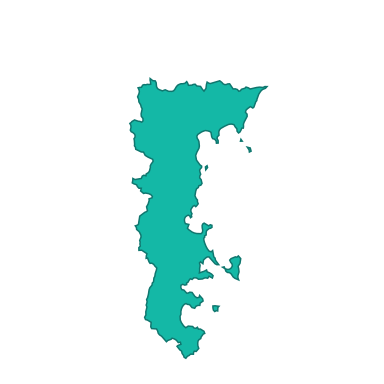 Ubatuba, São Paulo, Brazil (Natural Earth projection), rotated 312°
{"feature_id": "56859067B10562260302703", "entity_name": "Ubatuba", "entity_type": "district", "adm_level": 2, "iso_a3": "BRA", "parent_name": "Brazil", "parent_adm1": "São Paulo", "projection": "natural_earth1", "projection_center": [-45.033, -23.396], "detail": "fine", "context": "isolated", "style": "filled", "palette": "teal", "viewbox_px": 384, "rotation_deg": 312, "n_neighbors": 0, "source": "geoboundaries", "source_scale": "gbopen_adm2", "svg_char_len": 6073}
<svg xmlns="http://www.w3.org/2000/svg" viewBox="0 0 384 384"><g transform="rotate(312 192 192)"><path d="M248.3,85.0L247.0,86.1L245.8,87.8L244.4,89.2L243.0,88.0L242.1,86.7L240.7,85.9L239.7,84.5L238.3,83.8L236.0,84.4L234.7,83.1L233.3,82.2L232.5,84.2L231.3,85.8L229.5,86.8L226.3,87.9L225.2,90.3L223.4,92.3L222.4,95.6L221.1,97.5L220.5,99.3L216.0,101.9L214.3,103.7L213.8,106.4L212.1,108.0L210.2,107.9L209.6,106.0L208.6,104.7L207.1,101.1L204.2,100.2L202.8,100.3L201.4,99.9L200.5,102.1L199.1,103.5L196.7,104.8L196.1,106.5L196.6,108.2L196.6,110.6L195.7,112.2L194.2,113.1L192.8,113.2L191.6,114.8L189.1,117.4L187.8,118.3L187.5,119.9L186.1,121.6L187.8,127.5L189.2,129.3L187.9,132.7L188.5,136.0L190.0,140.9L188.8,142.6L185.6,142.9L183.5,143.5L182.3,144.7L178.7,146.5L176.9,146.5L174.7,145.9L173.2,146.9L172.3,145.0L170.5,144.4L168.2,145.3L163.1,141.3L162.5,139.0L160.9,140.3L158.8,141.5L159.1,143.1L160.3,146.0L159.5,147.8L159.3,150.1L160.9,151.8L158.4,153.1L158.5,157.0L160.0,158.0L161.8,160.9L162.5,163.2L162.2,165.5L160.9,166.2L158.2,164.6L157.0,165.9L153.5,167.5L150.6,168.1L148.3,171.4L146.9,171.3L145.3,170.5L139.1,169.3L132.2,173.8L130.8,173.6L128.9,172.5L128.4,174.5L127.1,175.9L127.2,179.3L125.8,182.8L124.4,184.3L120.9,185.6L120.2,186.9L118.5,188.1L117.2,189.8L115.1,189.7L113.1,191.6L115.1,193.6L116.0,199.8L114.1,200.7L112.0,202.3L113.2,203.1L111.3,206.9L110.9,208.6L112.2,209.7L112.6,212.0L112.1,214.0L112.0,216.6L110.1,217.8L106.9,219.2L104.3,220.9L102.7,221.2L99.5,223.5L97.8,223.4L96.0,224.6L92.8,224.7L90.7,225.5L86.9,228.0L83.7,229.7L81.7,230.2L80.6,231.9L79.0,232.9L77.3,233.6L76.4,235.5L72.1,237.8L69.8,240.0L67.2,240.6L66.1,242.8L67.0,244.6L67.8,248.8L64.2,251.6L63.5,253.4L66.5,257.3L65.8,259.3L64.4,261.5L64.1,263.5L64.5,265.9L63.6,273.2L65.6,273.4L68.5,275.0L70.0,275.0L71.0,277.2L71.4,279.7L70.9,282.6L72.6,283.9L71.4,285.7L68.7,284.3L67.3,284.1L66.5,288.7L66.8,290.7L65.4,292.7L64.8,295.3L63.9,296.7L64.3,298.7L66.9,298.5L68.5,299.2L70.5,299.4L72.4,301.6L73.7,300.6L75.2,300.2L76.3,301.8L80.3,301.7L81.6,299.3L83.5,297.4L85.3,296.2L87.1,296.0L88.9,296.6L90.4,295.8L94.1,295.4L95.4,296.1L96.5,294.1L95.8,290.0L94.4,288.5L95.1,286.5L93.3,286.1L92.3,284.6L92.5,282.5L89.8,278.9L87.0,278.2L86.9,275.3L87.8,271.6L89.0,269.0L91.6,266.3L93.7,265.6L95.6,263.8L97.8,262.5L99.9,261.7L102.0,261.4L103.5,261.5L105.1,262.2L105.4,263.7L106.7,265.6L106.1,269.3L107.4,271.8L109.7,271.4L111.6,272.2L113.0,273.7L114.8,272.4L118.4,273.2L119.7,271.4L120.2,266.9L118.5,267.8L116.7,266.5L116.3,264.1L117.4,259.3L116.1,257.4L114.5,256.9L113.3,255.8L113.7,251.5L112.6,249.8L113.5,247.6L115.3,246.2L117.2,246.9L118.0,249.0L119.6,250.0L120.7,248.9L122.4,249.4L124.3,248.9L126.4,248.8L127.1,250.6L129.4,250.8L131.1,252.7L131.5,255.2L134.4,258.0L136.2,258.7L137.4,259.6L138.4,261.4L140.8,261.0L141.7,264.7L143.9,263.7L144.1,261.5L143.6,258.9L142.8,256.7L143.8,255.0L141.5,254.2L136.8,251.6L138.5,250.5L140.3,248.8L142.8,247.2L144.3,245.0L145.8,245.0L146.0,248.1L149.3,246.0L152.6,246.4L154.1,246.9L155.1,248.0L154.1,257.1L154.6,259.1L155.9,260.5L157.0,255.1L158.3,253.4L158.4,251.6L162.3,246.5L160.4,246.3L159.5,244.2L160.0,241.5L161.0,238.7L162.8,235.1L164.2,233.0L165.5,231.7L166.9,231.7L167.9,230.7L169.5,231.3L171.4,229.6L173.1,228.7L176.4,229.2L177.5,230.1L179.1,230.5L180.6,229.1L179.9,227.5L178.0,227.0L177.0,221.8L175.3,221.4L173.8,222.0L172.2,223.6L170.7,225.6L168.9,226.8L167.1,226.6L164.3,223.3L163.1,221.2L162.3,218.8L161.8,214.6L162.0,212.9L165.8,211.4L164.1,208.3L164.7,206.8L166.2,205.0L167.7,204.1L169.3,203.8L170.9,204.1L172.3,204.7L172.7,206.4L171.9,208.1L173.4,208.4L174.4,206.9L175.8,206.6L176.5,204.7L178.0,203.0L180.1,202.5L182.2,202.3L183.6,202.9L183.6,204.6L185.0,204.7L187.4,204.5L188.5,202.4L189.7,201.4L190.0,199.4L191.2,196.7L195.3,194.1L197.5,193.2L199.5,193.7L201.3,192.9L202.9,194.0L205.1,193.7L207.3,190.5L207.6,188.3L209.2,187.0L211.0,186.6L212.3,184.3L213.4,183.0L214.8,182.7L216.5,182.8L217.7,181.9L217.5,179.6L218.7,174.0L221.6,170.3L224.8,169.0L229.2,167.9L231.1,166.7L234.1,163.4L234.8,162.0L235.4,159.9L236.8,158.2L238.7,157.8L243.0,158.9L245.1,159.9L246.6,160.8L247.9,162.7L248.8,164.5L249.0,166.2L246.2,169.7L245.5,171.7L246.4,173.5L246.1,175.7L244.6,177.5L245.9,178.7L247.7,177.0L248.6,174.7L250.1,173.9L252.2,174.1L254.6,171.7L256.4,170.9L258.3,170.8L262.6,172.2L266.6,173.9L267.9,174.9L269.0,176.0L270.1,178.1L269.2,180.9L269.0,183.0L267.3,184.9L267.0,187.1L268.6,187.5L270.8,187.0L272.8,186.3L273.8,187.4L275.0,186.6L276.9,184.8L278.8,184.0L285.1,182.4L286.7,180.8L287.0,178.4L288.9,177.4L291.1,177.5L294.5,178.2L295.1,181.0L296.5,181.2L301.8,179.0L303.2,179.0L304.4,178.2L309.3,176.2L311.6,175.8L313.9,175.6L315.8,176.0L318.2,177.2L320.5,177.2L319.1,175.6L317.2,174.8L315.2,172.1L312.8,170.0L307.5,166.3L307.1,164.1L306.1,161.9L304.6,161.9L301.4,160.0L299.7,160.2L298.2,159.4L298.5,157.1L297.6,155.1L296.1,153.6L297.6,147.6L296.2,146.2L294.9,145.6L293.8,144.6L293.2,143.0L293.4,140.7L293.2,138.2L284.9,133.1L284.1,131.7L283.8,129.7L281.7,130.7L278.3,133.1L275.0,133.4L275.3,130.9L276.2,127.7L274.0,124.6L274.2,122.2L272.7,120.9L271.3,120.4L268.9,118.0L270.0,115.9L270.5,114.2L268.0,114.0L266.3,112.7L265.1,111.4L263.5,110.5L261.8,109.9L259.9,109.9L256.5,110.6L254.9,110.6L253.5,109.9L251.2,107.3L250.0,103.7L247.3,102.3L246.1,99.0L245.8,97.2L246.6,95.1L249.2,92.3L250.0,90.4L248.5,88.3L248.3,85.0ZM157.1,267.8L155.8,270.2L155.9,272.1L157.1,273.7L157.4,275.5L156.4,279.6L156.6,281.7L157.9,285.5L159.0,283.5L160.5,282.1L164.1,280.4L166.3,277.9L167.6,276.0L171.1,275.4L175.1,272.8L175.5,269.2L173.6,269.0L172.8,267.6L168.6,265.6L166.6,265.6L165.7,267.7L165.3,269.9L163.9,271.6L161.3,272.0L159.4,271.4L158.1,270.1L157.1,267.8ZM120.8,290.7L123.5,288.5L125.1,288.5L122.8,285.2L121.3,283.8L119.9,285.1L118.5,287.0L118.4,288.9L120.0,289.4L120.8,290.7ZM261.9,208.6L263.7,205.8L262.3,203.1L261.5,206.2L260.1,207.9L261.9,208.6ZM217.7,187.4L220.6,187.2L221.6,185.6L219.6,185.2L217.7,187.4ZM263.9,193.1L262.2,194.0L263.4,195.3L263.9,193.1ZM157.1,267.8L157.9,266.0L156.6,265.1L157.1,267.8Z" fill="#14b8a6" stroke="#0f766e" stroke-width="1.5"/></g></svg>